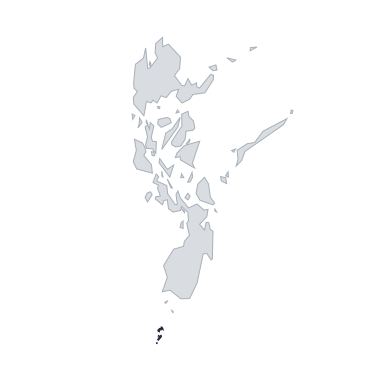 location of Batanes, Batanes, Philippines, rotated 192°
{"feature_id": "2640588B23864872837062", "entity_name": "Batanes", "entity_type": "district", "adm_level": 2, "iso_a3": "PHL", "parent_name": "Philippines", "parent_adm1": "Batanes", "projection": "robinson", "projection_center": [121.895, 20.691], "detail": "fine", "context": "in_parent", "style": "filled", "palette": "slate", "viewbox_px": 384, "rotation_deg": 192, "n_neighbors": 0, "source": "geoboundaries", "source_scale": "gbopen_adm2", "svg_char_len": 5526}
<svg xmlns="http://www.w3.org/2000/svg" viewBox="0 0 384 384"><g transform="rotate(192 192 192)"><path d="M180.7,85.2L193.2,91.4L200.3,88.2L198.4,103.6L204.5,114.0L198.1,132.2L189.0,137.1L189.2,142.2L185.5,148.9L190.6,160.2L189.5,163.3L191.8,171.2L199.4,175.8L199.2,171.6L206.4,168.4L211.6,170.9L214.5,179.3L217.8,177.7L218.2,173.3L226.6,177.7L226.4,179.9L222.1,181.4L226.6,188.6L226.1,191.7L232.1,193.2L230.8,202.2L227.7,199.9L228.9,195.5L218.0,193.0L215.5,185.3L205.9,176.3L203.7,176.7L207.1,186.2L206.0,190.1L202.2,183.8L192.0,175.7L184.7,181.3L176.2,176.7L172.7,178.3L172.4,170.9L177.9,162.0L171.8,157.4L171.9,165.1L169.4,165.7L166.2,159.1L163.3,158.0L158.2,130.9L159.2,129.5L164.7,134.9L168.2,133.7L168.1,104.1L172.2,87.3L180.7,85.2ZM254.9,256.6L267.2,265.9L269.1,272.2L266.3,279.1L270.2,281.2L271.8,286.7L273.9,305.2L267.3,312.8L267.3,323.3L261.0,303.5L258.7,304.9L253.5,316.0L257.0,320.3L258.4,329.7L252.9,337.1L250.9,328.0L245.8,331.7L231.3,321.5L229.7,310.1L233.4,302.3L224.2,294.1L221.3,294.3L219.5,302.1L214.5,296.4L210.2,299.7L209.3,296.0L206.3,295.2L198.2,310.9L195.2,310.6L194.5,306.1L200.0,291.7L211.3,287.6L213.7,282.2L220.2,277.0L227.3,282.2L226.5,289.7L233.2,286.2L236.8,279.0L242.3,279.7L244.7,271.8L249.3,273.8L250.5,270.7L255.4,271.0L254.9,256.6ZM218.3,266.0L212.7,270.1L210.6,265.1L205.4,261.9L202.6,255.3L203.8,252.7L210.4,250.2L209.7,242.2L212.5,234.7L217.2,232.7L221.5,234.0L222.5,236.8L215.6,254.5L218.3,266.0ZM250.8,203.0L255.8,209.5L255.1,221.1L259.3,231.6L250.8,229.7L247.4,226.0L245.4,221.7L246.7,217.8L237.3,210.2L234.7,202.2L250.8,203.0ZM194.4,216.0L210.0,221.0L211.0,224.0L215.5,222.2L214.8,227.0L208.9,236.0L195.0,243.3L197.6,220.1L194.4,216.0ZM135.1,266.3L114.4,283.5L116.6,276.8L148.6,242.7L150.0,233.1L154.2,226.5L153.8,233.5L156.5,242.2L148.0,250.7L141.0,253.5L135.1,266.3ZM168.7,183.8L182.3,185.5L187.7,191.3L188.0,200.9L182.8,209.0L177.5,203.3L172.9,190.6L167.6,185.9L168.7,183.8ZM239.6,225.9L245.6,225.3L247.2,228.5L247.0,236.7L251.4,246.0L249.3,248.2L246.6,244.8L247.3,251.3L243.1,248.7L243.2,236.8L241.1,233.3L237.4,234.0L235.4,222.2L239.6,225.9ZM219.1,262.6L219.4,252.5L230.4,227.3L229.9,244.2L224.7,249.4L219.1,262.6ZM240.0,256.0L231.9,259.7L228.8,259.2L226.7,255.4L235.5,248.8L239.7,251.4L240.0,256.0ZM216.8,201.9L230.4,213.8L230.5,218.0L220.8,209.0L215.5,214.6L216.8,201.9ZM235.7,181.6L232.7,183.6L230.4,181.0L233.5,173.0L236.8,177.0L235.7,181.6ZM201.3,317.7L195.1,321.3L192.9,316.5L196.8,315.0L201.3,317.7ZM159.9,207.4L165.7,208.9L167.2,213.0L162.0,213.0L159.9,207.4ZM194.4,183.4L197.7,184.9L195.9,189.9L192.9,187.5L194.4,183.4ZM179.4,327.5L185.8,330.5L176.6,330.2L179.4,327.5ZM258.6,253.6L255.3,249.6L258.2,243.4L257.8,247.2L258.6,253.6ZM198.3,200.6L196.0,211.2L194.5,206.8L195.8,201.6L198.3,200.6ZM164.5,342.2L164.9,345.4L158.6,347.3L164.5,342.2ZM196.4,155.0L196.2,159.8L194.7,161.8L193.1,154.4L196.4,155.0ZM207.7,237.6L205.0,243.7L204.9,240.2L207.7,237.6ZM162.5,214.8L160.9,219.2L159.5,214.1L162.5,214.8ZM240.1,223.0L238.0,223.2L235.9,219.7L238.5,219.3L240.1,223.0ZM206.0,203.7L206.0,207.7L203.0,204.4L206.0,203.7ZM266.8,255.8L263.7,255.0L265.1,250.8L266.8,255.8ZM213.5,191.7L219.0,199.6L212.0,191.8L213.5,191.7ZM161.9,240.9L158.3,243.1L159.3,239.5L161.9,240.9ZM224.0,265.9L223.3,269.3L221.2,267.5L224.0,265.9ZM224.8,201.4L226.0,206.1L223.3,200.1L224.8,201.4ZM112.0,292.9L110.1,292.6L110.5,289.6L111.9,289.3L112.0,292.9ZM243.6,268.5L241.2,268.7L241.0,266.9L242.4,266.6L243.6,268.5ZM260.3,310.7L258.6,308.5L259.1,306.4L260.3,307.4L260.3,310.7ZM165.5,178.0L166.5,180.6L163.7,177.5L165.5,178.0ZM250.8,249.7L251.8,253.2L249.1,248.9L250.8,249.7ZM195.6,78.6L192.8,80.8L194.8,77.5L195.6,78.6ZM198.8,173.6L195.1,171.5L195.1,170.1L198.8,173.6ZM185.6,70.0L187.9,72.5L185.3,70.8L185.6,70.0Z" fill="#d9dde1" stroke="#a8b0b8" stroke-width="1"/><path d="M193.4,42.2L193.3,42.3L193.1,42.4L193.0,42.5L193.0,42.8L192.9,43.0L192.8,43.3L192.7,43.3L192.7,43.5L192.6,43.8L192.5,43.7L192.5,43.8L192.4,43.8L192.3,44.0L192.2,44.1L192.2,44.3L192.1,44.5L192.3,44.7L192.3,44.8L192.4,45.0L192.5,45.1L192.7,44.9L192.8,44.9L192.9,44.7L193.0,44.7L193.3,44.5L193.3,44.4L193.4,44.2L193.4,43.8L193.5,43.8L193.6,43.7L193.6,43.4L193.6,43.2L193.8,43.0L193.8,42.9L193.8,42.7L193.7,42.6L193.8,42.5L193.7,42.5L193.7,42.4L193.5,42.2L193.5,42.3L193.4,42.2ZM195.4,50.7L195.2,50.7L195.1,50.4L195.3,50.3L195.3,50.2L195.5,50.2L195.6,49.9L195.9,49.7L196.0,49.7L196.3,49.5L196.4,49.4L196.3,49.2L196.2,49.1L195.8,48.9L195.7,49.0L195.4,49.3L195.2,49.3L195.1,49.2L195.1,49.3L195.1,49.5L195.2,49.8L195.1,50.0L194.9,50.1L194.9,50.3L194.7,50.4L194.7,50.5L194.5,50.8L194.4,50.9L194.4,51.0L194.4,51.4L194.4,51.5L194.8,51.6L195.0,51.6L194.9,51.6L195.0,51.6L195.0,51.4L195.3,51.3L195.3,51.2L195.5,51.0L195.4,50.9L195.5,50.8L195.4,50.8L195.4,50.7ZM193.2,51.5L193.1,51.9L193.1,52.0L193.1,52.3L193.1,52.5L193.2,52.8L193.2,53.0L193.3,53.1L193.2,53.1L193.3,53.2L193.4,53.3L193.5,53.3L193.5,53.2L193.4,53.1L193.5,53.0L193.6,52.9L193.8,52.9L193.9,52.7L193.9,52.3L193.8,52.1L193.7,52.0L193.6,51.9L193.4,51.7L193.2,51.5L193.2,51.5ZM192.6,51.9L192.4,51.9L192.4,52.2L192.4,52.3L192.4,52.5L192.5,52.6L192.6,52.4L192.8,52.1L192.7,51.9L192.6,51.9ZM194.7,44.6L194.5,44.8L194.7,44.7L194.7,44.6ZM194.9,36.7L194.9,36.8L194.9,37.0L195.0,37.0L195.0,36.9L195.0,36.7L194.9,36.7L194.9,36.7ZM194.4,40.3L194.5,40.4L194.5,40.5L194.6,40.4L194.4,40.3ZM192.1,51.8L192.2,52.0L192.3,52.0L192.3,51.9L192.1,51.8ZM194.1,40.8L194.1,41.0L194.2,40.9L194.1,40.8ZM194.7,37.7L194.6,37.8L194.7,37.7L194.7,37.7Z" fill="#64748b" stroke="#1e293b" stroke-width="1.5"/></g></svg>